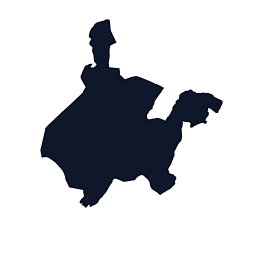 the district of Baringo South, Rift Valley, Kenya, rotated 205°
{"feature_id": "3690345B40678140924762", "entity_name": "Baringo South", "entity_type": "district", "adm_level": 2, "iso_a3": "KEN", "parent_name": "Kenya", "parent_adm1": "Rift Valley", "projection": "robinson", "projection_center": [36.066, 0.459], "detail": "fine", "context": "isolated", "style": "filled", "palette": "ink", "viewbox_px": 256, "rotation_deg": 205, "n_neighbors": 0, "source": "geoboundaries", "source_scale": "gbopen_adm2", "svg_char_len": 5802}
<svg xmlns="http://www.w3.org/2000/svg" viewBox="0 0 256 256"><g transform="rotate(205 128 128)"><path d="M54.0,191.5L55.1,191.9L60.7,191.9L62.3,191.9L63.8,192.1L64.5,192.8L66.7,193.3L68.9,192.9L69.8,193.0L70.6,192.7L71.5,192.1L72.3,191.5L73.2,191.6L74.7,191.1L75.2,190.6L76.9,189.5L77.6,189.4L80.0,188.0L80.8,187.8L82.7,188.3L84.5,187.8L85.2,187.9L85.6,188.5L86.6,188.8L87.2,188.3L88.1,188.1L88.2,187.3L89.5,186.0L90.0,185.9L90.6,185.4L91.3,185.4L91.6,184.3L93.9,181.6L94.6,179.4L94.0,178.6L94.0,177.3L93.3,176.4L93.6,175.2L94.2,174.4L94.9,173.6L95.1,172.7L95.2,172.0L94.9,171.3L94.3,171.0L93.8,170.7L94.3,170.3L94.8,169.4L95.3,167.9L95.5,166.9L95.7,166.0L95.4,165.3L95.3,164.9L94.9,162.9L95.1,160.8L95.1,159.8L94.9,159.2L95.1,158.1L95.4,156.8L95.5,154.8L96.3,154.3L96.0,153.5L96.5,151.9L96.4,150.8L95.9,149.9L95.8,149.4L97.0,149.5L98.4,149.8L104.9,149.2L105.7,148.6L111.1,144.9L111.7,144.2L112.3,144.0L114.7,143.9L115.2,144.1L115.4,144.8L116.5,146.4L116.7,146.9L116.9,147.5L117.0,148.0L117.0,148.3L116.6,150.5L116.4,152.7L116.0,153.8L115.5,154.9L114.7,155.6L115.1,157.0L115.4,158.3L115.1,160.2L115.1,161.0L115.5,161.8L115.7,162.5L115.7,163.3L115.7,164.6L115.5,165.7L115.3,166.6L115.2,167.7L114.8,169.7L114.7,170.0L114.5,171.6L113.7,174.5L113.6,175.6L113.6,176.7L113.5,177.7L113.1,178.9L117.7,179.2L120.3,179.1L123.0,178.9L125.4,179.0L133.4,178.7L135.8,178.5L138.7,178.4L142.1,177.9L143.6,177.0L145.9,175.1L147.3,173.9L150.3,170.9L151.8,169.7L153.1,170.6L153.8,170.7L156.3,171.8L157.4,171.9L158.3,172.4L158.5,172.6L159.0,173.2L159.3,174.3L159.8,175.4L160.3,176.1L161.0,176.8L161.4,177.7L162.0,177.3L163.8,176.7L168.2,175.2L169.7,174.6L171.0,174.1L174.1,179.4L174.3,180.4L174.5,181.3L174.5,181.8L174.8,182.4L175.2,184.0L176.0,185.8L178.1,189.9L179.5,194.3L179.7,195.3L176.6,199.3L175.5,200.6L176.5,201.2L177.4,202.0L179.5,203.7L185.3,208.5L186.2,209.9L190.0,216.5L190.6,217.4L191.8,217.3L192.7,216.9L193.4,216.5L193.8,216.0L193.9,215.6L194.2,215.0L194.4,214.8L194.6,214.5L195.3,214.3L195.6,213.8L195.9,213.5L196.6,213.2L197.6,212.1L199.0,211.2L200.3,209.8L200.5,209.6L200.8,209.0L201.2,208.3L201.3,208.1L201.4,207.4L201.4,207.2L201.3,206.8L201.5,205.9L201.9,204.6L202.2,203.9L202.6,202.5L202.6,201.0L202.7,200.3L202.6,199.1L202.0,196.3L201.4,194.5L199.5,194.1L197.8,193.4L198.5,190.3L197.9,188.1L196.7,187.6L193.7,186.8L193.3,185.4L192.8,184.1L192.4,183.1L192.2,182.5L192.0,182.2L190.2,180.7L189.5,180.0L186.5,174.6L184.4,173.7L183.9,173.5L183.4,173.3L182.5,172.3L183.0,170.3L183.3,169.5L183.6,168.6L183.8,168.3L183.9,168.0L188.7,165.6L188.1,170.0L189.2,169.4L189.4,169.2L190.3,168.2L191.5,166.6L192.2,166.1L192.5,165.7L192.4,164.8L192.4,164.5L192.4,163.8L192.4,163.1L192.4,162.4L192.3,161.6L192.4,160.7L192.3,159.2L192.4,158.6L192.3,158.4L192.2,158.1L192.2,157.8L192.2,156.5L192.0,155.8L192.1,154.9L191.8,154.8L191.6,154.6L191.6,154.2L191.0,153.4L190.6,153.1L189.1,151.9L182.9,147.6L183.3,142.7L183.4,140.0L183.7,139.6L183.9,139.0L189.3,125.3L192.7,117.2L194.0,114.2L195.7,109.8L196.1,108.5L196.4,108.2L199.0,101.3L199.9,99.2L201.1,96.0L202.1,92.9L201.6,91.3L200.7,87.2L198.3,75.9L197.4,71.3L193.5,65.7L192.7,66.3L191.9,66.8L190.5,67.6L189.3,68.0L187.7,68.2L186.0,68.0L183.3,67.6L182.0,67.2L181.6,67.2L180.1,66.9L178.4,66.4L176.5,65.7L170.1,62.9L167.5,61.3L165.5,59.4L163.7,57.6L162.7,55.7L156.1,50.2L141.8,53.8L141.4,53.1L141.2,51.9L140.7,51.1L140.0,50.3L139.3,49.2L138.8,48.6L138.1,47.8L138.1,47.1L138.6,46.3L139.0,45.0L139.6,43.6L139.8,42.6L140.0,41.5L139.6,40.4L138.6,40.3L138.0,41.1L137.6,42.0L136.9,42.5L137.3,41.4L136.4,41.1L136.3,40.3L136.6,39.4L136.1,39.5L135.4,39.3L135.0,39.5L134.4,39.9L133.7,38.9L133.1,38.6L132.7,39.0L132.5,40.1L132.2,41.2L131.3,42.8L131.1,43.4L130.3,43.1L129.5,42.3L129.0,41.4L128.5,42.0L127.4,43.6L126.4,44.3L126.0,45.3L125.4,45.9L124.8,47.0L124.4,48.1L124.5,49.1L124.3,51.2L124.1,52.2L122.7,55.1L122.8,55.8L121.7,59.6L121.4,60.6L121.3,62.7L121.0,64.9L121.1,65.7L121.0,66.8L120.7,67.5L120.6,68.1L120.8,69.0L120.5,69.9L120.1,71.8L120.2,73.1L120.5,74.3L120.2,75.3L119.8,76.1L119.5,77.1L117.0,77.8L109.2,78.2L100.4,84.1L100.2,85.5L99.8,86.8L99.3,88.0L98.2,89.8L96.9,91.2L96.1,91.9L95.1,92.2L93.8,92.1L91.1,91.4L87.9,90.3L86.4,89.5L85.2,88.6L84.3,87.5L83.7,86.5L82.5,85.0L81.7,84.3L80.8,83.7L80.3,83.5L78.8,83.1L77.8,83.1L77.1,83.0L76.1,82.8L75.0,82.9L74.3,82.7L73.3,82.3L72.5,81.8L71.5,81.8L70.9,81.6L70.6,82.4L68.9,85.0L68.3,85.7L67.1,87.7L66.3,88.9L65.5,90.0L64.9,90.6L64.3,91.8L63.5,94.0L62.6,96.1L62.4,97.2L63.6,99.5L63.8,100.5L63.8,100.9L63.5,102.1L64.1,103.2L65.1,103.6L66.3,103.9L67.6,104.4L68.5,104.1L69.5,104.1L70.4,103.7L70.7,103.6L71.6,103.8L72.5,104.6L73.0,105.4L73.4,105.9L73.9,106.2L74.6,106.5L74.8,107.2L74.9,108.0L74.9,109.3L74.8,110.4L74.5,112.8L74.4,113.9L74.6,115.1L74.7,116.3L74.7,118.5L74.8,119.6L75.1,120.3L74.9,121.6L75.1,123.0L75.6,123.8L76.0,124.7L76.7,125.5L76.7,126.2L76.6,127.3L76.4,132.5L76.4,133.3L76.4,134.5L76.3,134.8L75.9,136.4L75.7,137.4L75.3,138.3L75.2,139.1L75.6,141.6L76.0,142.8L77.2,145.0L78.7,147.6L79.1,148.6L79.7,149.3L80.1,150.1L80.0,151.2L80.0,152.5L80.4,153.5L80.7,154.5L81.0,155.3L81.9,156.5L82.1,156.8L82.3,157.5L81.7,157.8L80.7,158.0L78.1,158.7L75.7,159.7L73.8,159.7L72.2,159.1L72.2,157.9L72.1,157.1L71.9,156.2L71.2,155.6L70.5,156.1L70.1,157.0L69.1,158.5L67.9,160.0L67.2,160.8L66.9,161.5L65.7,162.3L64.5,163.7L63.5,164.7L62.6,164.9L61.0,165.2L59.9,165.1L59.7,165.9L59.7,166.6L60.7,166.7L61.8,166.7L62.0,169.3L61.9,170.9L61.3,172.3L61.1,172.9L61.4,174.6L61.7,175.5L62.2,175.7L63.0,175.6L63.7,176.0L63.6,177.5L64.1,178.9L64.4,179.9L64.5,180.7L63.7,181.0L61.3,181.1L60.2,181.0L59.9,180.9L59.2,180.4L58.1,180.3L56.0,179.9L55.6,179.8L55.2,179.5L53.5,180.1L53.8,181.6L54.0,182.5L53.8,183.4L53.3,184.2L53.3,185.0L53.6,185.9L53.5,187.4L53.4,188.5L53.6,190.6L54.0,191.5Z" fill="#0f172a" stroke="#020617" stroke-width="1.5"/></g></svg>